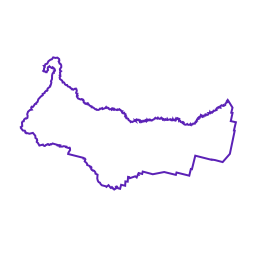 outline of Goondiwindi, Queensland, Australia, rotated 186°
{"feature_id": "25037944B7624735907381", "entity_name": "Goondiwindi", "entity_type": "district", "adm_level": 2, "iso_a3": "AUS", "parent_name": "Australia", "parent_adm1": "Queensland", "projection": "orthographic", "projection_center": [150.069, -28.463], "detail": "fine", "context": "isolated", "style": "outline", "palette": "violet", "viewbox_px": 256, "rotation_deg": 186, "n_neighbors": 0, "source": "geoboundaries", "source_scale": "gbopen_adm2", "svg_char_len": 5949}
<svg xmlns="http://www.w3.org/2000/svg" viewBox="0 0 256 256"><g transform="rotate(186 128 128)"><path d="M207.5,190.1L209.8,190.4L210.9,188.4L212.3,187.8L214.2,186.0L215.0,183.6L216.8,182.8L217.3,181.3L218.1,181.0L217.1,180.0L217.7,178.8L217.7,176.9L218.3,175.9L217.3,175.4L216.0,175.5L215.4,174.9L214.7,175.0L214.5,176.0L213.6,177.2L214.1,178.8L213.8,180.2L212.8,181.0L212.7,180.5L211.7,180.6L210.2,179.7L209.1,179.8L209.1,180.4L208.4,180.1L208.4,179.3L207.3,179.1L206.6,177.8L206.9,176.9L207.7,176.7L207.5,175.2L208.1,175.2L208.7,174.3L209.0,172.3L208.7,168.7L209.5,166.4L209.0,165.5L209.1,164.1L209.4,162.5L209.9,162.1L209.7,161.1L211.9,159.0L212.2,158.3L212.0,157.1L212.6,156.4L213.2,156.5L214.4,155.2L214.6,154.1L216.5,152.9L216.2,151.7L217.9,150.3L220.2,147.2L220.7,144.5L221.8,143.6L221.8,142.5L223.0,142.2L224.6,139.2L225.3,138.9L226.0,139.1L226.4,138.3L226.1,136.8L225.6,136.2L227.3,135.7L229.1,133.8L229.7,131.2L229.1,129.7L229.1,127.6L230.0,126.8L230.9,126.9L232.2,125.6L232.4,123.8L233.5,123.5L234.0,122.3L233.4,118.9L234.7,117.7L234.2,117.1L234.4,116.7L232.3,114.5L230.3,114.5L229.4,113.2L229.6,112.7L228.6,112.1L227.8,112.4L225.4,112.0L222.1,113.2L219.4,110.6L219.0,108.4L217.4,107.4L217.0,106.1L217.3,105.7L217.3,104.6L216.0,103.7L214.3,101.3L210.9,102.6L210.5,102.0L209.3,101.4L208.6,101.6L208.1,102.4L207.0,102.8L206.5,103.5L205.6,103.6L205.1,103.4L205.0,103.0L204.2,102.9L203.2,103.9L202.5,103.7L201.4,104.7L196.2,103.8L196.3,103.3L195.4,103.1L194.6,103.8L193.5,103.7L193.7,102.4L191.4,102.6L190.1,103.2L187.4,103.0L187.5,102.4L185.0,101.9L184.0,102.3L183.6,101.8L183.3,100.0L184.7,97.2L184.8,95.9L169.5,93.7L169.1,92.9L168.0,93.3L167.1,92.4L167.6,90.3L165.6,88.9L164.9,88.0L164.8,87.0L162.2,86.2L161.4,85.0L160.8,85.5L160.3,85.1L160.2,83.1L159.4,82.4L158.2,82.2L158.2,81.9L157.1,81.8L155.8,80.5L155.6,79.2L153.4,78.4L153.3,74.6L152.5,72.4L151.5,71.1L150.2,70.7L149.3,69.3L148.0,68.3L143.8,67.7L143.3,67.2L141.4,69.1L139.0,66.7L138.4,67.2L137.7,66.7L137.5,67.3L135.3,65.4L133.2,67.0L134.0,68.0L133.5,68.6L132.9,68.6L131.5,67.0L129.5,66.7L128.9,70.8L124.8,70.3L125.0,74.6L122.7,74.6L122.8,79.4L121.6,79.3L120.9,78.3L115.8,80.7L114.2,79.7L113.3,82.6L112.7,82.6L113.1,83.2L112.7,84.3L109.1,83.8L108.8,86.2L98.5,84.6L87.4,88.0L75.5,86.4L75.1,88.8L62.1,87.0L61.2,93.8L60.1,93.7L58.2,107.5L41.6,105.1L41.6,105.4L38.1,105.2L30.3,104.0L24.0,112.9L21.6,136.5L22.4,136.6L21.3,145.0L26.5,145.6L25.6,153.9L26.9,154.0L26.2,159.2L31.0,165.4L31.3,164.9L31.9,166.1L32.5,165.1L31.8,164.7L33.7,162.4L33.7,161.0L35.0,160.1L35.5,160.7L36.1,160.0L37.3,160.4L38.5,159.3L38.2,157.9L39.8,158.3L40.0,157.8L40.3,158.1L41.2,157.6L41.8,156.8L41.7,155.7L42.2,155.6L41.9,155.1L43.9,154.1L44.7,154.2L45.1,153.0L46.1,152.7L46.2,152.0L46.9,152.2L47.5,151.5L48.1,152.3L48.2,151.4L49.3,151.3L49.0,151.0L50.1,149.4L51.8,149.7L51.9,149.0L52.6,149.2L52.7,148.3L53.9,148.2L54.0,147.7L54.3,147.9L54.8,147.1L55.5,147.8L55.6,147.4L56.2,147.9L56.4,147.5L57.0,148.2L57.5,146.5L58.4,146.4L59.1,145.6L58.8,145.4L59.2,145.3L59.3,144.5L59.8,144.6L59.3,144.3L60.2,143.9L60.5,142.8L60.1,142.3L61.3,141.5L60.9,140.8L61.9,140.1L62.0,139.3L63.7,139.2L64.2,138.3L64.8,138.4L65.5,137.8L65.8,138.1L65.8,137.5L66.5,137.7L66.6,138.2L67.8,137.5L69.4,137.7L69.6,138.1L70.8,137.3L72.2,137.4L73.1,138.0L73.1,138.8L73.7,138.7L73.6,139.5L74.1,139.8L75.2,139.2L76.4,139.6L76.9,140.8L77.5,141.1L78.0,140.6L78.1,141.2L78.8,141.8L78.3,142.5L79.2,142.7L80.1,142.2L80.2,142.7L80.9,142.3L81.2,142.6L81.4,142.1L81.1,141.9L81.7,141.5L81.3,141.6L81.2,141.1L82.7,140.8L82.5,140.5L83.1,140.6L82.9,141.1L83.9,141.2L84.1,140.9L84.3,141.3L84.4,140.7L85.0,140.5L85.4,141.0L86.0,140.7L86.4,140.9L86.4,140.5L87.3,140.9L89.4,140.2L90.0,141.1L90.2,140.5L90.9,140.0L91.5,140.0L91.9,140.6L92.7,140.0L93.1,140.3L93.2,139.9L93.7,140.3L94.2,140.0L94.4,140.7L95.4,140.8L95.1,141.0L95.3,141.3L95.7,141.1L96.1,141.6L96.8,140.6L97.5,140.4L98.4,140.8L98.9,140.6L99.4,141.3L100.0,140.4L100.9,140.7L101.7,140.4L102.0,140.8L103.4,139.1L104.9,138.4L105.0,138.0L105.8,137.8L106.5,138.4L107.3,138.1L107.5,138.7L108.1,138.5L108.2,137.8L109.1,138.0L109.3,137.6L109.9,138.3L110.0,137.7L110.9,137.8L110.8,136.5L112.3,137.1L112.6,136.7L112.4,136.4L113.1,136.1L113.8,136.7L114.2,136.2L114.4,136.6L114.4,136.2L115.1,136.0L115.0,135.6L115.4,135.3L115.6,136.0L116.7,135.4L116.8,136.5L117.7,135.9L117.3,136.5L118.0,136.6L118.0,137.0L117.6,137.0L118.0,137.3L118.4,136.8L120.0,137.4L120.1,136.8L121.2,136.9L121.6,136.3L121.3,135.8L122.0,136.2L121.8,135.7L122.4,135.7L124.4,134.4L125.3,134.7L126.0,134.2L126.7,135.2L128.2,135.9L128.8,137.2L130.6,137.5L130.6,138.5L131.5,138.7L131.5,139.4L131.9,139.5L131.5,140.3L132.1,140.6L132.0,141.5L133.3,142.0L133.4,142.6L134.4,142.1L135.5,142.7L135.3,144.1L136.3,144.1L137.5,145.3L138.6,145.2L138.8,145.7L139.9,145.0L140.5,145.3L140.9,144.7L143.0,145.1L143.8,144.5L144.9,144.9L143.9,145.4L144.0,145.8L145.8,146.0L146.1,145.3L145.6,144.8L146.1,144.4L146.6,145.2L148.2,144.6L149.6,145.4L149.6,145.9L150.9,146.2L151.5,145.8L152.0,146.5L152.7,145.4L155.2,144.2L155.8,145.1L156.6,144.5L157.9,144.3L158.0,143.7L159.3,142.9L161.1,142.8L161.4,143.3L162.4,143.2L164.6,144.7L166.3,144.8L166.3,145.6L168.6,146.3L169.7,147.5L170.2,147.4L170.5,148.1L171.0,147.6L171.4,148.2L172.1,147.6L173.0,147.6L173.6,148.5L174.3,148.5L174.8,149.0L174.9,150.5L175.4,151.3L175.9,151.1L176.4,151.8L177.3,151.9L177.8,151.4L178.5,151.5L180.8,152.2L182.2,154.0L182.2,154.8L181.5,155.0L182.0,155.8L181.9,156.8L182.6,156.8L183.3,157.5L182.8,159.6L183.4,161.2L184.0,161.3L184.1,161.7L185.4,161.3L186.3,160.4L187.9,160.6L187.9,161.2L189.5,161.8L190.0,162.6L192.2,163.1L193.1,164.4L194.0,164.2L195.2,164.8L196.3,166.5L197.4,166.9L197.8,166.6L198.4,168.2L200.8,169.6L201.3,171.3L200.6,172.5L201.4,173.3L200.9,173.8L201.5,176.3L200.5,177.5L201.6,178.1L201.6,179.0L201.9,179.4L200.7,181.6L201.0,183.5L201.9,184.8L202.7,184.8L203.9,187.0L203.3,187.7L203.7,189.4L205.5,190.6L207.5,190.1Z" fill="none" stroke="#5b21b6" stroke-width="2"/></g></svg>